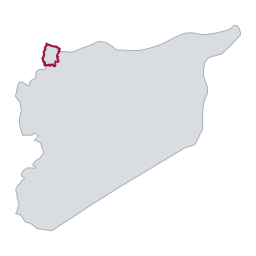 location of Afrin, Aleppo, Syria
{"feature_id": "27442178B88911382861768", "entity_name": "Afrin", "entity_type": "district", "adm_level": 2, "iso_a3": "SYR", "parent_name": "Syria", "parent_adm1": "Aleppo", "projection": "robinson", "projection_center": [36.751, 36.572], "detail": "fine", "context": "in_parent", "style": "outline", "palette": "rose", "viewbox_px": 256, "rotation_deg": 0, "n_neighbors": 0, "source": "geoboundaries", "source_scale": "gbopen_adm2", "svg_char_len": 3837}
<svg xmlns="http://www.w3.org/2000/svg" viewBox="0 0 256 256"><path d="M19.8,82.1L22.4,82.3L27.9,85.6L28.8,85.5L30.4,81.2L32.0,79.8L35.4,78.5L36.4,71.6L38.0,70.2L39.9,69.5L42.8,69.4L45.3,69.0L45.5,67.8L42.0,59.8L42.3,57.8L44.0,49.7L45.1,46.6L46.1,45.5L50.1,46.0L55.8,47.4L57.3,49.7L60.0,51.7L64.2,51.6L69.0,52.0L72.7,52.1L75.7,50.7L82.4,48.0L85.7,47.1L88.7,45.9L98.5,41.5L102.4,41.8L105.0,42.4L107.1,43.1L111.7,46.1L115.5,49.2L118.2,50.1L122.9,50.0L129.9,50.6L138.3,50.5L143.3,49.7L149.6,48.2L160.8,44.6L175.6,37.0L184.2,33.4L188.0,32.9L192.8,32.9L197.8,33.9L203.3,34.5L205.9,34.5L211.9,33.7L219.6,32.2L224.5,31.0L230.3,28.9L234.0,25.5L235.1,25.1L236.7,25.8L237.4,26.0L238.9,27.9L240.6,32.9L240.6,33.5L240.4,34.9L236.6,39.0L231.5,44.6L227.8,48.1L221.6,54.0L216.8,55.3L208.9,57.4L206.8,59.5L204.9,62.8L203.8,67.4L203.5,70.3L203.3,75.6L205.3,81.2L207.2,86.5L207.5,90.0L207.4,93.5L205.7,97.2L203.9,102.2L202.9,108.0L202.5,118.7L202.6,127.9L202.5,129.4L199.3,135.9L195.5,143.5L193.7,145.3L185.3,147.5L176.1,153.1L165.8,159.3L156.4,164.9L146.6,170.8L136.4,177.0L129.1,181.3L119.3,187.2L110.4,192.8L101.4,198.5L94.5,202.8L84.1,209.6L78.0,213.7L68.9,219.5L61.0,224.7L51.6,230.9L39.8,229.0L36.1,228.0L33.0,225.1L30.8,223.5L25.2,221.9L21.7,216.4L19.5,214.5L15.8,213.6L17.4,210.1L17.7,207.7L19.3,204.9L18.3,203.1L17.8,199.1L17.1,198.1L16.9,197.1L17.4,195.8L17.2,194.5L16.6,194.0L16.3,192.0L15.8,190.6L16.0,188.8L16.9,187.6L17.7,185.4L18.7,184.8L20.3,183.4L20.7,181.9L22.1,180.5L24.0,179.3L24.4,178.4L24.2,177.9L22.3,176.8L21.3,175.0L22.2,172.3L22.8,171.5L23.9,170.2L26.5,168.2L28.5,167.9L30.2,167.9L33.1,168.0L35.3,168.4L35.9,167.9L35.8,167.2L33.0,165.6L32.9,164.3L33.6,163.0L35.6,160.8L37.9,159.2L39.1,158.9L41.8,155.7L43.5,152.1L40.7,143.4L39.1,142.0L36.3,140.8L34.7,140.6L34.6,140.0L36.8,137.8L38.3,135.9L36.6,134.0L33.6,133.2L32.4,135.1L28.6,135.2L22.5,135.2L19.9,126.0L19.5,122.0L19.6,117.4L21.5,110.6L20.6,107.5L20.5,105.4L20.1,102.5L15.4,96.3L18.0,84.9L19.8,82.1Z" fill="#d9dde1" stroke="#a8b0b8" stroke-width="1"/><path d="M54.9,66.0L55.2,65.4L55.4,64.6L55.3,63.8L55.2,62.9L55.3,62.1L55.5,61.6L56.6,61.5L57.1,61.6L57.8,61.9L58.2,61.8L58.4,61.4L58.5,60.7L58.5,60.4L58.0,59.2L57.4,58.6L57.3,58.1L57.6,57.6L58.0,56.9L57.6,56.6L57.4,56.6L57.1,56.6L57.0,56.2L57.1,55.5L57.2,55.3L57.2,55.1L57.7,54.0L58.3,53.2L58.7,52.5L58.7,52.0L58.8,51.7L59.0,51.6L58.8,51.5L58.7,51.4L58.7,51.2L58.8,50.9L58.9,50.7L59.7,49.3L59.7,49.2L59.8,49.0L59.8,48.9L59.7,48.8L59.6,48.7L59.3,48.6L58.8,48.4L58.6,48.3L58.5,48.2L58.4,48.2L58.1,48.0L57.7,47.5L57.5,47.3L57.4,47.2L56.6,46.8L55.9,46.4L55.7,46.4L55.6,46.5L55.4,46.5L54.4,46.6L54.1,46.5L53.7,46.4L51.1,45.7L50.9,45.6L49.6,45.0L49.1,44.8L48.8,44.7L47.2,44.3L47.0,44.2L46.7,43.8L46.4,44.2L46.5,44.3L46.6,44.5L46.7,44.8L46.8,44.8L46.8,45.0L46.7,45.3L46.5,45.7L46.2,46.0L45.8,46.5L45.7,46.5L45.2,47.0L45.1,47.3L45.0,47.5L44.9,47.7L44.9,47.8L45.0,48.0L45.1,48.3L45.3,48.6L45.4,49.2L45.4,49.3L45.4,49.6L45.2,49.8L45.0,50.0L44.7,50.6L44.4,50.9L43.8,51.8L43.8,52.0L43.7,52.4L43.7,52.5L43.8,52.9L44.1,53.9L44.2,54.3L44.2,54.8L44.1,55.5L44.0,55.8L43.9,56.0L43.8,56.5L43.5,57.0L43.2,57.5L42.7,57.9L42.5,58.0L42.6,58.3L42.6,58.6L42.8,59.1L43.0,59.4L43.0,60.1L43.0,60.3L43.3,60.6L43.3,60.9L43.3,61.1L43.4,61.3L43.5,61.6L43.6,62.0L43.9,62.4L44.0,62.4L44.1,62.5L44.3,62.5L44.6,62.4L44.7,62.5L44.9,62.5L44.8,63.1L44.9,63.4L45.0,63.6L45.0,63.8L45.0,64.0L44.7,64.4L44.5,64.6L44.4,64.8L44.4,65.0L44.5,65.1L44.8,65.1L45.4,64.8L45.5,64.8L45.8,64.8L46.0,64.8L46.3,65.0L46.5,65.2L46.5,65.4L46.8,65.3L47.1,65.3L47.3,65.4L47.8,65.4L48.0,65.3L48.4,65.2L48.5,65.1L48.4,65.0L48.3,64.8L48.4,64.7L48.6,64.7L48.9,64.7L49.1,64.7L49.2,64.8L49.3,64.9L49.4,65.1L49.5,65.5L50.1,65.7L50.8,65.3L50.9,64.8L51.5,64.5L52.1,64.4L52.5,64.5L52.9,64.8L53.3,65.4L53.6,66.0L54.2,66.3L54.8,66.2L54.9,66.0Z" fill="none" stroke="#9f1239" stroke-width="2"/></svg>